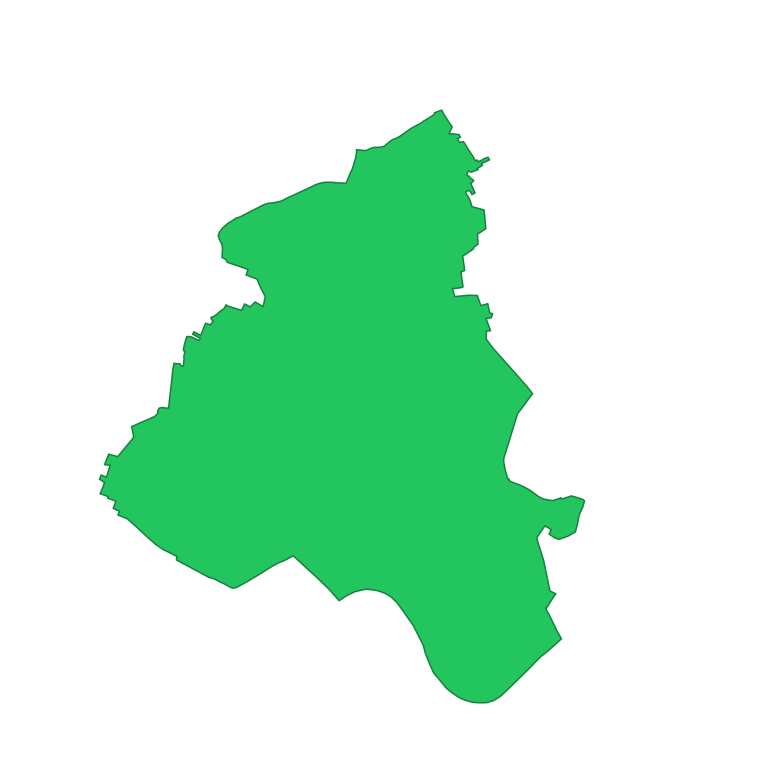 the district of Van Giang, Hưng Yên, Vietnam, rotated 287°
{"feature_id": "81297802B33082020704537", "entity_name": "Van Giang", "entity_type": "district", "adm_level": 2, "iso_a3": "VNM", "parent_name": "Vietnam", "parent_adm1": "Hưng Yên", "projection": "natural_earth1", "projection_center": [105.961, 20.93], "detail": "fine", "context": "isolated", "style": "filled", "palette": "green", "viewbox_px": 768, "rotation_deg": 287, "n_neighbors": 0, "source": "geoboundaries", "source_scale": "gbopen_adm2", "svg_char_len": 4863}
<svg xmlns="http://www.w3.org/2000/svg" viewBox="0 0 768 768"><g transform="rotate(287 384 384)"><path d="M163.7,404.3L163.7,404.5L170.3,409.8L175.1,415.0L176.6,416.6L180.3,422.7L182.5,426.7L183.4,431.0L184.4,437.6L184.4,441.4L184.3,443.3L183.9,447.5L182.6,452.6L178.8,460.2L172.4,468.7L161.5,482.7L145.6,498.0L138.6,502.2L131.2,508.1L123.7,514.6L122.3,515.8L118.7,521.5L114.8,527.3L111.3,532.6L109.3,537.4L106.9,544.7L105.8,549.0L105.3,555.1L105.5,562.1L107.0,568.4L108.3,572.4L109.3,575.4L113.6,581.7L118.5,585.9L119.7,586.9L129.0,592.2L139.8,598.1L152.8,605.2L161.0,609.4L168.5,613.3L169.0,613.6L178.6,620.1L192.2,628.2L199.2,620.9L211.3,609.8L215.7,605.0L217.8,604.5L218.8,605.4L226.0,607.3L231.3,608.8L233.6,609.6L234.6,603.2L261.6,588.5L281.3,575.0L286.3,576.5L295.3,579.3L294.5,583.3L293.5,586.4L288.7,585.8L286.9,592.0L286.5,596.7L292.3,604.4L298.5,610.3L306.4,610.0L314.8,609.0L318.6,609.2L324.8,610.1L330.8,609.9L331.7,608.0L331.9,603.4L331.8,596.0L326.0,587.8L326.9,586.7L321.9,579.5L321.4,577.0L321.0,573.4L320.7,570.5L320.8,568.4L321.7,564.2L324.6,556.0L325.5,553.0L326.3,548.9L326.9,545.3L327.0,544.6L327.6,535.6L328.2,531.7L329.5,531.6L329.6,529.9L331.4,528.9L336.7,525.4L345.0,521.0L349.1,520.2L360.0,520.4L394.6,520.4L405.5,524.5L412.7,526.9L418.1,528.9L423.4,521.5L436.3,500.5L449.6,478.6L456.8,468.6L464.5,466.5L466.1,470.3L476.5,462.4L478.7,467.3L482.9,467.3L483.1,464.2L491.1,459.7L487.3,453.7L495.9,447.3L493.7,439.3L488.3,426.1L495.2,421.7L498.5,429.3L499.8,431.0L500.5,431.0L505.6,428.5L508.9,427.0L513.8,424.8L516.0,427.9L519.4,426.6L529.3,421.8L532.9,424.9L535.5,427.0L539.5,430.1L540.8,429.8L545.2,433.0L554.7,429.6L557.1,431.7L559.4,433.5L562.3,436.0L579.7,428.8L579.3,416.4L580.8,415.3L583.6,413.4L585.9,411.6L586.5,411.1L590.9,406.1L591.7,406.1L592.9,407.0L593.6,408.4L593.6,409.8L590.9,412.8L591.7,413.6L592.5,414.3L593.4,415.2L596.4,412.6L601.0,408.4L602.2,409.2L603.6,409.8L605.0,410.2L606.0,407.1L606.5,405.2L607.4,405.0L607.8,403.2L608.1,401.8L612.6,402.6L612.0,405.4L616.5,411.1L617.4,410.1L621.7,414.2L623.4,412.8L626.3,416.2L629.2,419.3L629.3,419.2L631.2,417.2L629.4,414.7L626.7,412.0L623.9,408.7L625.3,407.4L624.3,405.9L627.4,402.8L629.1,400.7L631.0,398.5L634.0,394.8L636.6,391.9L638.1,390.3L639.0,389.0L637.1,385.6L640.1,382.5L642.3,384.9L644.4,382.9L643.8,378.8L642.4,373.1L649.9,374.0L652.3,370.9L659.2,362.6L662.7,359.3L661.4,357.1L658.2,353.1L656.5,353.3L655.6,352.5L653.0,350.3L649.7,347.5L647.0,345.0L646.2,344.4L644.5,343.3L644.0,342.7L642.7,341.6L640.8,339.5L638.6,337.3L636.3,335.1L632.0,331.7L626.0,327.2L624.0,325.2L622.7,323.9L621.8,323.0L621.1,321.9L620.5,321.1L619.7,320.3L618.3,319.2L616.8,318.2L614.5,316.6L613.0,315.6L611.7,315.1L611.0,314.0L609.9,312.3L608.2,308.0L607.4,305.4L606.4,303.7L605.0,301.9L603.1,300.0L601.9,298.2L601.4,296.3L600.7,292.8L600.3,290.7L600.0,289.2L597.5,290.0L594.6,290.5L591.2,290.8L587.2,290.8L583.8,290.8L579.3,290.7L575.2,290.0L567.4,289.4L565.1,289.0L564.0,285.6L562.6,279.8L561.5,274.4L559.8,268.9L557.8,264.9L555.4,261.3L550.3,255.7L537.1,241.1L534.7,238.2L529.0,232.4L526.3,227.8L524.8,224.9L523.4,221.5L521.4,218.0L518.2,214.4L510.4,206.4L501.6,197.3L499.2,193.8L496.6,191.9L492.3,187.9L486.2,184.1L480.6,182.1L477.8,182.1L476.1,182.7L470.1,188.2L467.1,189.7L462.3,191.0L457.6,192.1L456.9,196.5L454.5,198.5L454.3,207.5L453.8,220.5L447.9,220.3L447.2,231.8L439.7,238.2L432.8,244.9L422.9,245.8L423.4,242.5L424.8,236.8L418.5,233.4L419.3,230.3L419.7,227.2L417.7,227.0L412.8,226.3L412.9,211.3L413.6,209.9L409.6,209.0L405.4,206.0L401.9,203.8L399.2,201.8L397.1,199.1L395.6,199.9L393.9,202.1L389.9,200.8L389.9,195.6L383.6,195.1L376.9,194.5L378.3,186.9L375.7,186.5L374.0,195.0L371.4,194.3L372.4,188.3L372.7,185.2L372.5,184.0L372.1,182.6L371.7,181.7L369.3,181.5L363.6,181.6L360.1,181.9L357.9,182.2L357.2,182.8L356.8,184.4L354.5,184.2L351.7,184.6L349.3,185.5L347.7,185.8L342.3,186.8L342.0,185.8L342.2,184.4L343.6,183.0L342.8,179.4L342.5,177.8L342.4,177.2L335.6,177.9L321.4,180.7L307.5,183.2L297.9,185.1L297.2,182.2L296.6,178.5L295.1,176.0L292.7,175.5L291.7,175.6L289.9,176.3L287.8,175.2L286.9,174.7L285.8,174.1L269.5,155.1L260.7,159.9L258.8,159.8L236.7,150.6L236.6,147.2L236.4,141.3L226.2,140.4L225.2,140.5L226.2,145.9L222.1,145.8L215.8,145.9L213.9,146.0L214.2,140.4L214.2,140.1L209.7,139.8L208.1,145.6L201.2,145.1L196.1,144.6L195.7,153.2L194.0,153.2L193.6,161.8L185.8,161.5L185.1,168.1L180.9,167.9L180.4,174.0L180.2,177.5L175.1,188.7L167.9,203.5L165.6,208.8L163.7,212.9L163.3,214.6L162.0,218.1L162.1,218.5L161.0,221.5L159.5,231.6L158.6,236.3L155.1,236.9L154.9,237.8L148.0,272.5L148.0,278.4L146.9,284.5L145.9,290.9L144.6,297.0L144.6,299.3L146.0,302.0L149.8,305.9L155.5,311.4L164.8,319.8L171.4,325.5L176.2,329.7L180.5,333.8L182.7,336.1L185.1,339.3L188.6,342.9L193.2,347.5L183.8,366.8L180.8,373.4L172.0,390.8L163.7,404.3Z" fill="#22c55e" stroke="#15803d" stroke-width="1.5"/></g></svg>